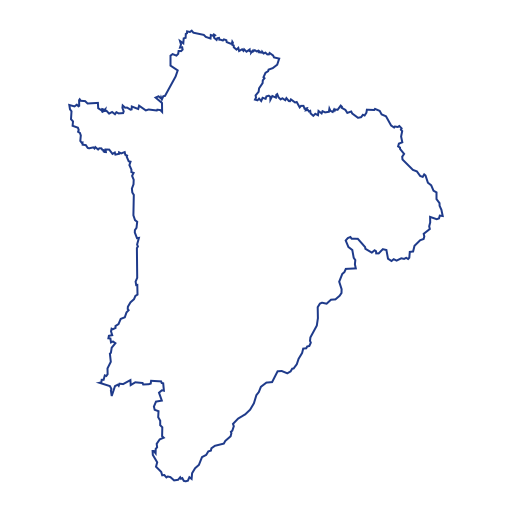 Santo Domingo, Santo Domingo de los Tsáchilas, Ecuador (Equal Earth projection)
{"feature_id": "8360857B50709521665039", "entity_name": "Santo Domingo", "entity_type": "district", "adm_level": 2, "iso_a3": "ECU", "parent_name": "Ecuador", "parent_adm1": "Santo Domingo de los Tsáchilas", "projection": "equal_earth", "projection_center": [-79.222, -0.341], "detail": "fine", "context": "isolated", "style": "outline", "palette": "blue", "viewbox_px": 512, "rotation_deg": 0, "n_neighbors": 0, "source": "geoboundaries", "source_scale": "gbopen_adm2", "svg_char_len": 5978}
<svg xmlns="http://www.w3.org/2000/svg" viewBox="0 0 512 512"><path d="M152.8,454.9L157.2,462.3L156.0,466.7L161.2,471.9L162.2,475.3L164.3,475.0L166.4,477.4L167.8,476.5L170.4,477.1L174.1,480.4L178.1,479.8L180.2,477.3L181.0,478.8L182.3,478.1L183.8,480.9L185.7,481.3L187.9,480.7L189.4,477.2L191.6,478.9L192.1,473.2L195.1,468.2L198.9,464.9L202.0,457.1L206.2,454.9L208.3,451.4L210.9,450.6L211.4,448.3L214.9,445.8L223.8,443.6L225.3,440.9L230.6,436.3L231.4,433.1L230.9,431.8L232.3,430.7L233.8,426.2L233.0,423.9L238.1,418.6L245.4,414.2L250.1,409.7L253.9,403.3L256.4,395.1L258.8,392.1L260.9,386.8L266.4,382.6L272.1,382.1L277.6,371.3L281.7,371.0L287.3,373.3L290.6,371.4L292.2,368.7L293.6,368.5L296.8,364.2L298.6,358.8L302.1,353.0L303.2,348.6L306.2,348.3L307.2,346.5L309.3,346.0L310.8,342.7L310.0,340.8L310.4,337.4L316.8,325.6L317.9,318.2L317.7,307.2L319.9,303.6L322.0,302.7L326.6,303.7L331.0,299.7L335.4,299.4L339.6,295.8L341.5,293.0L341.6,289.2L339.2,281.7L342.3,273.9L344.4,272.1L345.8,268.9L355.8,268.4L354.9,264.3L355.3,260.1L353.7,257.8L352.3,250.0L348.4,247.0L345.7,240.5L347.8,238.1L350.4,237.0L351.6,238.7L357.8,238.8L365.1,247.1L365.4,248.8L371.8,252.6L374.6,250.3L376.0,251.2L376.2,253.4L378.7,253.4L382.8,249.2L386.4,250.0L388.0,258.7L391.5,261.0L393.7,259.2L396.6,260.6L401.3,258.3L404.1,258.9L406.2,257.8L408.1,259.0L409.3,257.7L409.8,251.9L413.1,251.5L414.5,245.8L420.2,240.2L423.6,239.0L424.3,236.5L423.7,233.8L429.8,229.0L429.2,226.3L430.2,222.4L430.1,216.9L436.7,219.2L439.0,218.4L439.8,215.6L442.7,216.0L441.4,209.8L439.6,205.8L439.5,203.1L436.5,199.1L436.5,192.4L433.5,190.7L431.2,185.3L427.9,182.7L425.5,175.5L424.2,174.4L422.7,176.9L420.2,176.0L416.9,171.4L412.9,169.9L402.5,159.5L402.2,156.7L404.1,153.9L400.1,149.0L400.0,147.6L398.1,146.4L398.9,143.6L402.3,142.3L401.1,136.5L402.2,131.1L400.9,129.7L401.6,128.4L399.3,126.0L397.8,127.0L394.9,126.5L394.1,127.5L391.1,125.5L386.0,116.3L381.6,114.4L379.7,110.9L375.0,108.9L374.2,110.0L366.9,109.7L366.4,112.7L364.6,115.5L362.9,114.8L361.1,117.2L358.0,117.8L352.2,113.5L351.2,111.5L347.3,112.9L345.4,109.9L341.7,107.8L341.9,106.8L340.7,105.6L337.6,109.8L335.3,109.5L334.8,110.5L334.1,109.4L332.7,112.0L330.4,110.8L329.4,108.6L328.9,111.8L325.1,112.4L322.5,111.2L321.6,113.4L318.5,111.0L318.0,115.2L315.3,113.8L313.3,115.8L310.6,113.4L310.2,110.9L309.0,111.5L307.8,109.9L305.9,110.3L306.8,108.3L304.6,108.8L303.5,105.9L301.0,105.9L299.7,107.4L296.7,102.0L295.1,102.5L290.9,99.4L290.0,101.2L288.9,101.1L286.4,98.1L285.3,100.2L282.4,98.3L280.6,99.4L278.5,97.3L277.2,94.1L276.3,94.8L275.9,97.6L272.3,96.0L270.4,99.7L270.3,96.8L268.8,95.7L266.4,96.4L265.6,98.8L262.6,97.8L261.2,101.0L259.1,98.6L257.5,100.3L255.0,99.6L256.0,97.7L255.6,95.4L258.6,91.8L259.1,88.3L262.6,83.1L262.8,80.3L264.5,78.2L263.5,77.2L265.5,72.8L268.1,71.2L268.6,69.6L272.8,68.1L277.2,64.7L279.2,58.6L274.0,57.4L273.1,55.5L269.6,53.0L268.9,54.4L267.3,54.4L265.4,52.6L263.6,53.5L262.1,51.6L261.8,52.6L259.2,52.3L259.6,51.5L258.4,50.6L256.9,51.5L254.8,50.2L253.2,51.4L252.9,50.6L251.2,52.6L251.3,51.5L249.7,51.2L249.6,49.5L246.5,51.7L244.1,49.3L243.4,50.8L242.1,49.3L239.1,51.0L238.3,47.9L236.5,49.6L233.8,47.3L233.7,45.5L232.3,44.8L232.9,42.7L232.3,41.7L232.0,43.2L230.7,43.7L226.7,42.1L226.3,40.2L223.9,39.4L222.9,40.5L219.5,39.4L219.5,40.6L219.0,37.9L217.3,38.2L216.6,39.9L214.2,37.9L213.9,36.3L215.1,35.3L213.8,34.4L212.8,35.7L210.8,35.0L210.5,38.5L205.8,36.9L203.8,34.9L193.4,32.7L191.7,30.7L189.9,32.0L187.1,31.4L187.0,33.2L185.8,33.9L185.6,37.8L183.7,38.4L183.3,43.3L180.0,41.0L181.0,44.5L180.0,47.6L182.2,47.3L182.6,49.6L181.1,51.1L178.6,51.0L178.2,53.8L176.4,55.6L172.6,54.1L170.5,55.7L170.5,65.6L177.7,70.4L175.6,76.5L165.0,95.9L163.3,96.2L161.9,99.4L161.1,97.5L160.9,98.3L158.5,96.3L155.6,97.6L162.0,103.0L162.1,111.9L160.4,110.1L157.3,109.7L156.8,110.5L148.6,109.5L145.8,110.4L139.1,105.7L138.2,109.0L131.8,106.5L131.6,109.4L130.6,109.7L127.1,107.6L125.1,107.7L122.7,105.5L122.4,107.8L123.7,111.4L123.1,113.1L118.6,113.4L116.4,112.2L115.0,114.2L112.1,112.0L109.1,113.6L106.5,110.8L104.8,111.0L105.2,109.3L102.0,112.4L103.0,109.3L102.1,109.0L101.4,110.3L98.2,108.2L97.9,102.9L87.6,103.5L85.1,101.1L80.8,100.8L79.7,99.3L79.1,100.2L79.2,105.8L78.5,106.3L76.8,104.7L74.5,106.4L69.3,105.0L70.0,109.3L71.5,111.3L71.0,119.2L73.0,121.4L72.6,125.8L77.9,127.7L78.7,129.9L78.1,131.8L79.9,132.9L80.8,135.4L80.3,140.9L81.7,142.8L82.5,142.5L82.6,144.7L85.8,145.1L87.7,147.9L89.1,148.3L93.3,147.4L94.5,148.5L95.3,147.1L98.1,149.5L99.3,148.3L101.4,148.4L102.3,149.8L104.3,150.3L103.7,151.5L104.5,152.0L105.9,152.1L105.6,149.5L109.2,149.6L112.5,153.9L114.8,152.5L115.4,154.6L119.1,153.8L119.1,152.4L121.2,153.4L124.7,152.1L125.3,154.8L127.1,155.6L126.7,156.7L128.7,161.3L130.5,161.7L129.4,165.1L131.4,169.6L131.4,172.1L133.6,172.9L132.1,175.9L133.7,179.8L133.5,184.3L131.9,188.6L132.3,192.5L133.8,194.9L133.4,215.3L135.0,220.1L137.2,221.8L136.5,227.8L134.9,230.1L134.8,232.5L137.0,238.2L138.9,237.9L137.1,244.5L137.9,246.5L136.9,248.1L137.2,277.8L135.6,281.6L136.2,285.1L137.3,284.9L137.5,294.6L135.4,295.9L134.0,299.2L130.5,302.3L127.9,306.7L127.7,309.0L128.6,310.2L126.5,312.4L124.8,317.3L120.7,318.9L118.5,324.1L115.5,326.0L115.5,328.0L112.7,329.3L111.6,328.7L111.0,331.3L112.2,335.2L108.9,335.8L108.4,338.3L110.4,338.5L111.0,342.4L113.0,341.5L115.4,343.2L111.7,347.7L110.9,352.8L109.9,353.7L110.8,361.8L107.5,368.4L107.6,374.2L106.3,376.0L104.8,375.4L103.6,379.8L101.7,379.8L101.3,382.4L99.5,382.8L109.9,386.1L111.4,388.9L110.9,390.5L111.7,396.0L115.0,386.1L117.8,384.7L118.7,385.8L119.5,383.7L123.1,384.1L130.4,380.1L130.7,385.1L135.3,382.3L142.6,383.0L143.2,384.5L148.8,384.2L150.7,383.6L151.1,380.8L161.1,381.4L161.7,383.0L163.2,383.3L163.9,390.7L161.9,390.3L159.0,392.7L161.8,400.6L156.0,401.6L153.9,406.6L154.7,409.8L158.5,411.2L158.2,417.2L160.2,420.7L160.2,425.2L162.3,427.3L162.1,436.2L163.7,437.7L159.7,439.4L156.7,443.8L157.1,447.3L155.7,448.9L155.6,453.3L153.8,451.0L152.6,451.0L152.8,454.9Z" fill="none" stroke="#1e3a8a" stroke-width="2"/></svg>